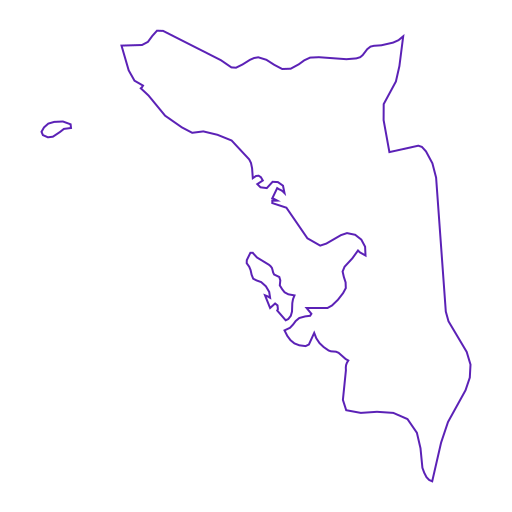 SVG path tracing the border of Samar
{"feature_id": "PHL-2584", "entity_name": "Samar", "entity_type": "Province", "adm_level": 1, "iso_a3": "PHL", "parent_name": "Philippines", "parent_adm1": "", "projection": "orthographic", "projection_center": [124.838, 11.713], "detail": "fine", "context": "isolated", "style": "outline", "palette": "violet", "viewbox_px": 512, "rotation_deg": 0, "n_neighbors": 0, "source": "natural_earth", "source_scale": "10m", "svg_char_len": 2571}
<svg xmlns="http://www.w3.org/2000/svg" viewBox="0 0 512 512"><path d="M432.2,481.3L429.2,480.0L426.5,477.2L424.2,472.7L422.4,467.8L420.5,448.3L416.9,432.8L407.5,419.1L393.3,412.9L377.0,411.8L360.8,412.9L346.2,410.2L342.9,399.9L345.9,370.4L345.8,367.4L346.1,365.0L346.9,362.8L348.3,360.5L345.6,359.0L338.6,352.8L336.0,351.7L330.9,351.3L328.6,350.5L323.7,347.1L319.5,343.1L316.3,338.3L314.2,332.9L308.9,344.5L305.6,346.1L299.3,345.3L294.4,343.4L290.5,340.2L287.3,335.9L284.5,330.4L290.0,327.8L293.1,324.5L295.7,321.0L299.3,318.0L305.2,316.4L310.1,315.8L311.4,313.8L306.6,308.0L327.5,308.0L332.0,305.5L337.9,299.8L343.1,293.1L345.8,288.1L345.6,282.4L343.8,276.8L342.6,271.5L344.6,266.7L352.3,258.4L358.0,250.5L359.8,252.3L365.5,255.5L365.1,246.7L361.3,239.6L355.2,234.8L347.0,233.1L341.0,235.1L326.3,243.6L320.2,245.6L307.4,238.3L286.4,207.7L272.3,203.1L272.3,200.6L274.8,200.7L277.2,200.6L273.8,198.8L272.3,198.3L277.2,188.1L278.9,189.2L280.7,190.0L282.5,191.1L284.5,193.1L283.0,185.7L277.9,182.1L272.6,181.8L266.8,188.1L260.5,187.3L257.3,184.1L262.8,180.5L260.9,177.2L258.6,175.7L256.0,176.0L252.8,178.2L252.1,168.4L251.0,163.0L249.2,159.4L231.6,140.5L217.5,134.8L203.3,131.4L192.2,132.8L181.9,127.4L165.1,115.7L148.5,95.5L140.8,88.3L141.7,87.5L142.0,87.2L143.0,85.6L134.5,80.7L128.7,70.4L121.5,45.6L142.0,45.0L147.9,41.9L152.4,35.8L157.0,30.7L163.1,30.9L220.9,60.2L231.4,67.4L236.0,67.7L242.5,64.5L250.0,59.8L254.1,58.0L258.3,57.3L266.4,59.8L274.2,64.8L282.2,69.0L290.7,68.7L298.8,64.3L304.3,60.3L310.1,57.6L318.9,57.2L346.4,59.2L356.3,58.4L360.2,57.2L362.7,55.1L367.2,49.2L370.5,46.6L373.9,45.8L381.3,45.3L393.1,42.6L398.5,40.2L403.2,36.3L399.4,66.1L395.9,81.5L383.7,104.1L383.6,120.1L389.4,152.1L418.3,145.7L421.9,146.9L426.0,151.4L432.4,163.3L436.1,177.6L445.8,311.6L448.5,321.3L466.7,351.9L470.5,364.6L469.8,377.6L465.5,390.3L448.0,422.0L441.1,442.6L432.2,481.3ZM279.8,285.4L282.2,289.3L284.6,292.3L288.3,294.3L294.5,295.4L293.0,299.2L292.3,303.1L292.0,311.6L290.8,315.8L288.3,319.0L285.7,320.3L277.2,310.5L277.9,309.2L277.5,305.4L275.1,303.5L270.1,308.0L265.0,295.3L267.5,296.3L270.1,297.8L269.2,291.9L265.9,286.3L261.2,282.1L256.5,280.4L253.2,278.7L251.6,274.7L250.6,270.1L249.2,266.7L246.7,263.2L246.8,260.1L250.4,252.8L252.8,252.8L253.3,253.5L257.0,257.5L269.0,264.8L270.6,266.2L271.9,267.9L272.5,269.9L273.1,272.4L274.1,274.5L279.3,277.0L280.3,280.4L279.8,285.4ZM62.9,121.5L70.6,124.3L71.0,128.0L63.9,128.9L60.1,131.9L52.9,136.7L47.9,137.3L42.9,135.1L41.5,131.8L44.0,127.4L48.3,123.6L54.2,121.9L62.9,121.5Z" fill="none" stroke="#5b21b6" stroke-width="2"/></svg>